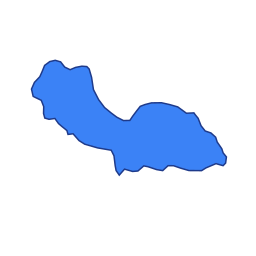 the district of Alingsås, Västra Götaland, Sweden, rotated 286°
{"feature_id": "70781695B65957957058719", "entity_name": "Alingsås", "entity_type": "district", "adm_level": 2, "iso_a3": "SWE", "parent_name": "Sweden", "parent_adm1": "Västra Götaland", "projection": "mercator", "projection_center": [12.579, 57.995], "detail": "fine", "context": "isolated", "style": "filled", "palette": "blue", "viewbox_px": 256, "rotation_deg": 286, "n_neighbors": 0, "source": "geoboundaries", "source_scale": "gbopen_adm2", "svg_char_len": 1098}
<svg xmlns="http://www.w3.org/2000/svg" viewBox="0 0 256 256"><g transform="rotate(286 128 128)"><path d="M160.7,187.2L158.3,180.1L162.0,170.0L162.0,161.5L161.5,153.2L158.6,143.6L155.2,137.8L152.2,133.8L146.8,131.6L140.5,129.2L135.8,127.7L133.9,121.6L135.3,114.3L137.8,107.7L141.2,99.8L147.1,92.0L155.4,84.2L166.7,79.0L174.0,74.4L175.7,71.5L175.3,69.5L174.7,66.6L171.8,60.9L168.1,56.3L169.1,50.4L173.0,45.0L173.0,39.4L170.3,34.5L165.2,30.6L158.6,29.9L153.0,29.1L146.1,25.5L138.8,24.5L133.0,27.7L132.2,28.2L130.7,37.0L125.3,41.1L118.7,42.8L114.6,45.3L114.6,49.7L117.0,55.1L113.1,60.0L111.1,64.4L108.7,70.0L105.3,72.1L107.3,76.8L102.4,84.4L100.5,90.9L100.5,104.3L102.0,118.0L97.4,122.2L88.2,126.1L83.8,128.3L80.3,132.6L87.5,136.0L87.5,144.4L89.4,149.4L95.9,153.6L96.3,157.8L95.9,167.0L96.6,173.1L102.8,176.9L104.3,182.2L103.9,189.9L103.9,198.3L107.3,210.5L111.2,214.0L118.0,222.4L118.0,229.8L121.2,231.5L127.3,230.6L130.3,226.3L133.9,223.9L139.1,217.6L143.3,214.8L146.1,209.1L146.4,203.0L150.3,197.6L156.7,192.7L159.4,188.8L160.7,187.2Z" fill="#3b82f6" stroke="#1e3a8a" stroke-width="1.5"/></g></svg>